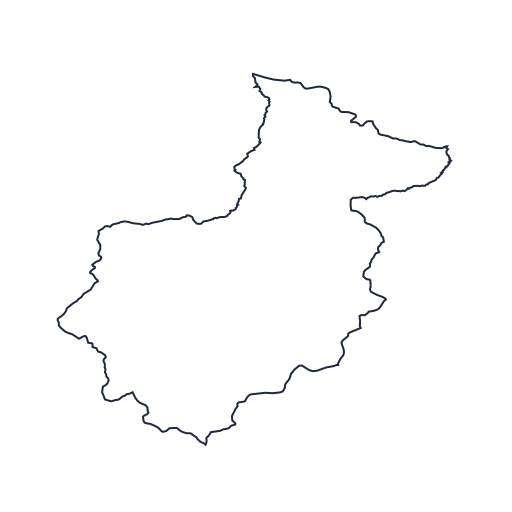 the district of Salgar, Antioquia, Colombia, rotated 263°
{"feature_id": "7082276B68857935293525", "entity_name": "Salgar", "entity_type": "district", "adm_level": 2, "iso_a3": "COL", "parent_name": "Colombia", "parent_adm1": "Antioquia", "projection": "equal_earth", "projection_center": [-76.003, 5.966], "detail": "fine", "context": "isolated", "style": "outline", "palette": "slate", "viewbox_px": 512, "rotation_deg": 263, "n_neighbors": 0, "source": "geoboundaries", "source_scale": "gbopen_adm2", "svg_char_len": 6065}
<svg xmlns="http://www.w3.org/2000/svg" viewBox="0 0 512 512"><g transform="rotate(263 256 256)"><path d="M426.7,311.3L426.5,305.8L428.9,295.2L432.3,286.2L437.1,275.2L435.0,274.9L432.6,276.6L428.1,276.7L426.3,278.3L425.1,277.7L423.9,275.8L423.8,279.4L421.2,280.6L419.4,279.6L417.7,281.6L416.0,281.6L414.9,283.0L413.2,284.0L412.0,287.0L410.9,288.3L409.9,288.5L408.8,287.4L407.6,288.3L406.4,287.6L404.1,287.8L403.5,287.5L402.7,285.6L401.1,284.2L399.8,283.9L398.0,284.6L397.1,283.1L395.4,282.5L394.9,281.6L393.2,282.4L391.8,280.7L390.5,280.9L387.1,279.8L386.5,278.9L385.6,279.0L384.0,276.6L380.8,274.3L373.1,273.1L371.5,274.3L369.0,273.2L368.3,274.3L367.9,274.4L364.4,269.8L363.4,267.1L361.5,267.5L360.7,263.8L358.5,259.7L356.1,260.2L355.0,259.2L353.5,256.2L351.7,254.5L348.8,249.4L348.8,248.1L347.2,245.4L344.6,245.3L344.0,246.0L343.2,245.1L340.9,247.5L339.4,250.8L336.8,251.2L334.7,252.9L333.7,252.9L332.8,254.4L330.1,253.6L328.6,253.7L327.1,252.9L324.9,254.2L323.5,253.6L318.2,249.2L314.9,248.0L314.8,246.1L312.2,245.3L310.1,243.8L309.1,244.5L308.8,243.4L306.9,242.9L306.3,242.0L304.9,241.4L303.8,238.7L304.1,237.0L304.0,235.9L302.6,236.1L301.5,235.3L300.2,232.9L299.5,232.5L298.9,231.4L298.6,229.2L299.0,225.0L298.3,221.4L298.8,220.4L298.5,218.6L297.7,217.9L297.9,217.0L297.5,216.1L296.9,212.5L296.7,208.0L294.9,205.9L294.7,204.9L294.9,202.8L295.6,200.9L299.5,198.1L302.4,197.5L304.2,194.8L304.8,192.3L303.5,191.2L303.4,188.2L302.0,184.2L302.6,179.5L303.5,175.8L303.2,172.5L303.4,171.2L302.3,166.7L301.6,156.9L300.7,153.2L301.5,151.1L300.8,148.0L300.9,146.8L302.0,144.5L303.4,138.3L305.8,132.2L306.4,129.6L306.1,125.4L305.4,124.1L304.9,118.3L304.2,116.5L302.7,114.8L303.9,112.0L303.7,109.7L302.1,107.6L300.0,102.7L297.1,102.8L292.1,100.5L291.0,100.5L289.8,101.3L288.4,101.5L286.6,102.7L285.4,102.8L281.7,102.2L278.0,99.9L275.6,100.2L274.1,102.1L272.9,102.2L271.7,101.4L270.3,99.5L269.8,96.7L267.3,92.4L266.4,92.6L264.8,94.7L263.8,94.7L261.5,90.7L260.2,89.3L259.2,89.4L258.6,90.7L257.0,92.4L253.2,94.0L251.2,95.8L250.1,96.0L248.7,92.6L242.8,87.8L239.3,80.1L236.7,78.0L234.7,74.3L233.1,72.7L231.5,68.9L227.8,62.9L227.0,61.9L224.3,60.5L222.3,58.7L220.2,55.9L218.5,52.5L217.5,51.4L216.6,51.3L213.8,52.2L211.2,51.8L208.6,53.4L204.7,56.9L203.3,58.8L200.6,64.2L195.5,70.3L197.3,74.9L197.5,76.3L197.3,77.0L195.4,78.1L190.4,78.8L189.3,82.6L188.8,83.0L185.5,82.7L184.0,86.3L180.5,87.5L179.2,90.5L175.9,94.2L173.8,94.6L172.1,92.5L170.7,91.8L167.1,92.8L164.0,92.3L161.8,92.8L158.9,91.9L157.1,92.8L154.4,92.9L152.6,94.3L150.7,94.7L147.4,92.8L145.9,90.5L145.0,88.2L142.2,87.3L139.0,86.6L137.2,87.4L132.0,88.6L129.4,94.6L130.2,99.1L130.1,101.4L130.5,102.7L133.1,106.9L133.4,108.9L134.7,111.0L134.7,113.6L135.8,116.9L130.1,118.8L126.5,120.9L124.3,123.1L121.2,128.4L118.6,129.8L115.9,129.6L113.5,130.1L112.2,128.5L111.1,125.3L110.3,124.3L106.4,124.2L104.2,125.1L103.5,126.4L102.1,130.9L99.0,136.1L97.2,138.3L93.9,140.7L92.8,142.1L93.2,145.6L95.6,149.1L95.0,156.5L91.6,159.7L90.1,162.0L88.5,165.7L88.1,168.9L87.6,170.0L85.9,171.6L83.7,174.4L81.2,175.8L78.2,178.4L76.5,181.4L74.9,182.8L75.7,183.6L78.4,184.4L81.3,184.5L84.1,187.8L86.7,189.8L86.8,198.8L88.0,202.8L88.1,206.2L88.7,208.4L90.6,210.7L91.1,214.5L91.8,215.1L92.5,215.0L95.7,212.4L100.2,212.7L106.6,217.0L109.1,219.4L111.3,219.4L112.1,219.8L112.8,220.9L112.9,226.2L113.4,227.5L117.1,230.2L119.0,232.8L119.3,234.8L119.1,248.5L117.8,255.8L117.7,262.9L118.2,265.7L119.5,267.1L122.0,268.7L125.0,269.3L130.0,274.2L134.7,276.4L138.5,280.2L141.8,285.4L141.7,288.3L136.4,294.6L134.8,298.2L134.7,302.6L136.8,311.9L137.3,320.0L138.0,322.7L137.8,324.3L139.5,324.4L143.8,327.4L146.9,330.6L149.7,331.6L153.0,331.6L157.6,330.5L160.1,330.4L161.8,332.1L164.9,337.0L165.7,337.7L167.5,338.0L168.7,339.8L171.8,351.1L173.9,350.5L178.7,351.4L183.8,351.4L184.5,353.3L184.0,356.8L186.1,360.4L187.0,360.9L187.2,366.2L188.2,370.5L189.5,372.4L195.7,377.6L196.9,379.6L198.2,379.0L199.8,376.8L202.7,371.3L206.4,365.8L208.9,365.0L212.0,366.1L217.8,366.5L218.7,366.0L219.2,363.9L219.9,362.5L222.8,359.9L227.3,361.3L228.8,362.9L231.3,367.6L232.4,368.1L234.7,368.1L235.8,369.3L238.2,370.3L240.4,372.5L244.0,375.1L244.8,378.7L247.4,377.9L249.9,378.3L251.3,380.4L253.8,382.3L254.5,384.6L258.9,384.5L260.6,383.0L263.6,382.5L266.6,380.9L269.3,378.8L273.4,373.3L274.8,369.9L276.0,368.6L276.9,368.2L280.7,368.5L284.4,365.8L287.2,362.9L288.4,360.8L289.6,356.2L294.3,356.0L300.3,356.9L302.0,359.3L301.6,361.5L301.5,368.9L300.1,371.5L299.0,372.3L300.2,373.9L300.4,375.4L301.3,377.0L300.7,379.7L301.0,381.9L299.9,383.7L300.6,385.9L300.4,388.3L301.3,389.3L301.7,392.0L302.8,393.2L302.9,394.9L304.0,399.5L303.9,402.0L303.3,403.3L303.2,404.9L302.6,407.5L302.9,410.1L302.3,411.3L303.1,413.2L304.8,414.8L304.7,415.4L304.1,415.9L304.8,416.4L305.3,419.4L306.2,420.7L306.2,423.6L305.3,427.1L305.7,429.6L305.2,430.9L305.2,432.5L306.1,433.8L306.3,435.4L307.4,436.4L309.5,443.6L311.5,445.2L311.5,446.0L312.2,447.3L313.7,448.5L315.1,450.4L315.9,449.8L316.3,451.0L316.8,451.1L316.8,451.8L318.1,451.8L318.8,453.4L319.9,454.0L320.8,455.5L321.2,455.0L321.5,455.2L321.7,456.3L322.6,457.7L323.5,458.0L324.1,459.2L324.9,459.1L326.1,460.5L326.2,459.2L327.4,460.7L328.3,459.8L329.4,460.4L330.4,459.4L332.0,459.5L333.3,458.1L334.5,457.7L336.6,457.7L338.7,459.6L340.3,457.9L341.6,459.0L341.5,457.2L340.3,453.4L341.5,447.2L344.2,441.1L344.4,438.2L346.3,435.8L346.3,434.1L346.9,432.6L350.4,428.1L350.7,426.8L350.2,423.0L351.2,420.7L351.4,419.2L352.7,416.3L353.6,412.7L355.3,410.3L356.1,406.0L358.8,401.9L361.2,394.7L361.9,393.4L363.1,392.5L366.2,392.3L368.3,390.6L372.7,388.4L375.4,388.1L376.1,384.3L376.0,382.6L374.2,379.6L372.6,378.2L372.7,375.2L374.4,374.3L376.2,372.2L376.7,370.9L377.2,367.2L377.6,366.6L378.8,367.0L382.0,372.2L383.1,372.3L384.5,371.6L387.5,365.3L388.6,358.3L389.9,356.9L392.2,356.0L394.9,350.3L395.9,349.7L397.7,349.6L399.9,348.0L405.2,349.5L410.4,349.1L413.0,347.9L414.8,344.7L416.3,340.5L416.5,337.1L415.8,327.3L416.3,325.4L417.8,323.8L422.2,321.3L423.2,318.6L423.3,315.9L423.9,313.9L424.9,312.4L426.7,311.3Z" fill="none" stroke="#1e293b" stroke-width="2"/></g></svg>